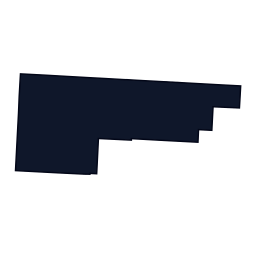 Hidalgo, New Mexico, United States of America, rotated 93°
{"feature_id": "52423323B51310319192871", "entity_name": "Hidalgo", "entity_type": "district", "adm_level": 2, "iso_a3": "USA", "parent_name": "United States of America", "parent_adm1": "New Mexico", "projection": "equal_earth", "projection_center": [-108.78, 32.055], "detail": "fine", "context": "isolated", "style": "filled", "palette": "ink", "viewbox_px": 256, "rotation_deg": 93, "n_neighbors": 0, "source": "geoboundaries", "source_scale": "gbopen_adm2", "svg_char_len": 660}
<svg xmlns="http://www.w3.org/2000/svg" viewBox="0 0 256 256"><g transform="rotate(93 128 128)"><path d="M80.0,71.2L79.9,122.6L79.9,123.3L79.8,131.9L79.9,134.1L79.8,155.9L79.8,157.3L79.8,160.0L79.8,165.1L79.8,167.2L79.7,191.7L79.6,212.6L79.6,215.6L79.6,238.2L101.3,238.3L102.5,238.3L109.7,238.2L119.0,238.1L145.7,238.1L176.4,238.1L176.4,212.6L176.4,195.2L176.3,169.2L176.1,163.6L175.3,163.6L175.3,156.9L140.0,157.0L139.9,124.0L138.4,124.0L138.5,94.9L138.5,57.4L125.9,57.5L125.9,44.2L115.5,44.2L102.3,44.2L102.1,17.8L80.1,17.7L80.1,17.8L80.1,30.6L80.1,31.1L80.1,31.6L80.1,32.4L80.1,37.6L80.0,71.2Z" fill="#0f172a" stroke="#020617" stroke-width="1.5"/></g></svg>